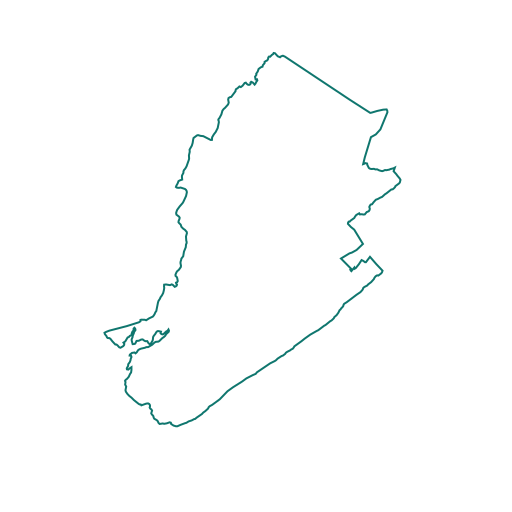 the district of Kilifi South, Coast, Kenya, rotated 32°
{"feature_id": "3690345B19939243433246", "entity_name": "Kilifi South", "entity_type": "district", "adm_level": 2, "iso_a3": "KEN", "parent_name": "Kenya", "parent_adm1": "Coast", "projection": "robinson", "projection_center": [39.732, -3.813], "detail": "fine", "context": "isolated", "style": "outline", "palette": "teal", "viewbox_px": 512, "rotation_deg": 32, "n_neighbors": 0, "source": "geoboundaries", "source_scale": "gbopen_adm2", "svg_char_len": 6131}
<svg xmlns="http://www.w3.org/2000/svg" viewBox="0 0 512 512"><g transform="rotate(32 256 256)"><path d="M163.4,74.5L163.5,75.8L162.9,77.0L162.4,79.5L161.4,79.9L161.2,81.1L161.8,82.4L161.9,84.1L161.0,85.5L160.4,86.8L161.1,88.0L160.7,90.6L161.2,92.0L160.1,93.4L159.1,96.0L159.7,98.6L159.6,101.3L160.3,102.1L160.2,104.5L162.1,106.5L163.2,105.6L164.1,106.4L164.0,108.4L164.2,110.0L164.0,111.4L161.5,110.6L159.6,110.8L159.4,111.9L160.1,112.6L160.1,113.6L159.4,114.6L158.4,115.0L156.8,114.9L155.5,114.4L154.7,115.3L154.4,118.7L153.6,120.8L152.1,121.0L151.4,123.7L150.7,124.9L150.8,126.2L151.3,127.1L150.7,134.2L149.6,135.3L149.0,136.6L149.5,138.1L151.6,140.4L152.0,142.3L151.2,146.9L150.7,148.4L150.5,150.5L151.6,154.3L151.9,158.4L151.7,159.5L151.9,160.6L152.8,161.2L153.7,162.4L155.7,167.8L156.1,172.2L155.8,175.2L155.9,178.6L157.1,180.9L156.1,181.6L147.8,182.3L145.3,183.5L142.8,184.2L142.0,185.1L140.5,189.0L141.0,190.5L142.4,193.8L143.1,196.4L143.3,201.0L144.6,202.8L145.8,206.2L147.7,208.9L148.1,210.1L149.6,216.8L149.7,219.2L149.4,221.5L149.7,222.8L150.4,224.0L150.6,226.9L151.2,228.1L152.9,230.3L151.3,232.3L150.6,233.6L151.1,236.0L151.2,238.5L151.5,239.9L152.5,240.0L153.5,239.6L154.6,239.0L155.8,237.9L160.2,236.8L161.6,237.0L162.8,237.7L163.6,238.6L164.9,242.2L165.7,248.7L165.7,250.1L165.0,254.4L164.7,258.6L165.0,260.2L165.5,261.9L166.6,263.1L169.8,263.4L170.9,263.9L171.4,264.9L171.8,267.2L172.3,268.4L173.2,268.8L175.5,269.3L177.3,270.8L179.8,271.4L181.9,271.5L184.5,272.3L185.3,273.2L186.3,276.6L188.7,279.9L189.8,280.9L190.4,282.1L190.5,283.2L191.8,285.8L192.6,290.5L194.4,294.8L194.1,297.7L194.6,299.0L195.0,300.6L195.6,301.9L197.6,304.1L198.1,305.3L197.9,308.6L197.2,310.8L197.2,312.1L197.6,314.5L198.3,315.5L199.9,315.8L200.9,316.5L202.9,318.7L203.0,320.1L202.3,321.0L203.1,321.8L204.2,322.2L204.4,323.2L204.1,324.2L203.4,325.2L201.0,324.6L199.6,324.7L198.5,326.3L194.8,327.8L193.3,329.0L194.1,330.5L195.1,331.7L196.1,334.1L196.9,336.6L197.1,339.2L196.9,341.9L197.2,342.9L197.1,345.6L197.5,347.3L200.6,355.5L200.5,357.1L200.8,359.1L200.8,360.7L200.6,362.1L198.4,365.5L196.9,368.7L195.5,369.0L192.6,370.7L191.9,371.4L192.6,372.6L191.8,374.3L183.6,383.9L171.2,397.0L169.1,399.8L168.2,401.4L169.2,402.3L171.7,403.2L172.8,404.0L173.8,404.1L175.3,403.3L176.5,403.4L179.5,404.5L183.6,405.6L184.6,405.0L186.1,405.2L188.4,405.9L189.7,405.6L191.2,402.7L191.3,401.3L190.8,400.2L189.5,399.7L190.4,397.7L190.3,393.1L191.1,392.1L191.3,390.6L192.4,389.2L191.6,387.4L191.3,385.6L191.6,384.0L190.7,382.5L190.9,381.3L192.0,381.6L193.0,382.6L192.9,385.2L193.3,386.2L193.7,388.9L194.3,390.2L194.7,392.6L195.4,393.6L198.1,396.1L199.2,395.3L200.0,394.3L199.7,391.3L201.5,390.0L202.9,387.7L204.1,386.8L206.4,387.0L207.7,386.7L208.9,385.8L211.0,386.9L212.5,387.1L213.2,386.0L213.2,383.0L212.9,381.7L211.7,379.3L211.6,378.0L211.9,375.4L211.8,373.5L212.2,372.0L213.2,371.3L215.5,370.5L215.9,372.0L217.0,372.3L218.1,372.1L218.9,371.3L219.8,367.7L220.6,366.3L220.7,364.7L221.8,365.5L222.1,366.6L221.2,369.9L221.3,371.7L220.7,373.9L220.1,375.1L219.1,379.3L218.6,380.3L216.4,382.0L215.7,383.4L215.0,386.2L212.8,390.4L211.3,391.4L210.4,392.7L207.6,395.5L206.5,397.0L205.9,398.5L205.9,400.9L205.4,402.4L204.1,402.2L202.2,403.9L201.3,406.5L201.6,407.4L202.9,406.8L203.9,407.6L204.2,409.4L204.9,411.2L205.2,412.9L205.0,415.5L205.8,417.0L205.9,419.7L206.6,420.5L207.9,420.0L208.3,418.5L209.3,416.3L210.8,418.7L211.8,421.0L211.7,422.8L212.1,425.9L211.7,428.6L211.1,430.1L211.1,431.3L212.1,432.0L213.2,434.4L215.1,435.5L216.4,438.9L217.5,440.0L220.0,441.1L222.7,441.8L225.5,442.1L228.9,442.9L235.0,443.6L236.1,443.5L236.9,443.0L237.9,443.4L241.1,439.4L241.8,438.8L242.6,438.2L243.9,438.1L245.1,438.7L245.8,439.7L246.1,440.8L247.1,441.4L248.7,441.6L249.8,442.2L250.5,444.9L251.7,445.6L252.8,445.8L253.8,446.2L254.9,447.3L255.9,447.9L258.7,447.8L259.9,448.0L262.0,449.3L263.3,449.5L265.7,447.4L267.0,447.0L269.0,445.2L270.9,442.8L272.1,442.5L273.0,443.4L275.9,443.5L278.4,442.8L279.5,442.1L281.7,438.9L284.4,435.4L285.4,434.3L286.5,432.0L288.6,429.5L289.9,427.2L290.8,426.3L291.2,424.8L293.9,418.6L294.2,416.8L295.2,414.4L296.2,410.8L296.0,409.3L296.3,408.0L297.7,405.5L301.2,396.7L303.5,385.8L306.1,379.4L310.8,369.7L312.7,364.9L316.4,358.7L318.2,356.1L318.4,354.2L324.9,339.5L327.6,335.1L328.2,333.8L328.7,331.6L330.7,327.3L331.6,326.2L332.6,323.5L332.6,322.2L333.2,320.8L334.9,318.0L335.4,316.6L336.3,315.2L336.5,313.5L336.4,312.3L339.7,304.2L341.1,300.2L343.7,293.9L347.2,287.4L348.1,286.0L350.8,278.9L351.5,277.8L353.5,271.9L354.2,270.7L355.0,267.6L354.8,266.4L355.7,263.4L355.9,260.4L355.6,257.7L356.0,256.5L356.0,255.2L356.4,253.6L356.5,252.2L356.1,250.9L356.1,249.8L357.4,247.2L361.8,235.6L363.7,231.3L364.2,228.6L364.2,227.6L363.9,226.3L364.3,224.9L366.0,222.0L366.1,220.8L367.5,217.1L368.2,213.1L368.0,211.8L368.2,209.8L369.0,208.2L370.1,207.8L371.4,204.4L371.5,203.1L371.1,201.4L362.2,199.1L353.1,196.3L352.5,203.0L351.7,203.5L349.7,203.3L347.7,203.5L347.6,208.4L347.0,213.4L346.4,214.5L345.5,213.7L344.9,218.3L344.0,218.1L343.1,217.5L343.3,216.4L329.4,213.1L333.9,204.2L335.5,202.3L338.1,197.6L340.3,189.1L325.3,181.6L321.1,181.1L316.9,180.0L316.4,178.9L316.4,177.8L317.2,177.3L317.5,175.8L319.2,171.7L319.1,170.1L319.3,168.1L320.9,165.1L322.1,165.7L323.0,164.9L324.1,164.3L325.0,164.0L326.2,163.1L326.6,160.1L327.9,158.3L327.9,156.6L327.3,155.4L326.1,154.4L325.9,153.0L326.0,151.6L327.0,150.6L327.2,148.2L327.8,144.8L329.1,143.1L330.5,140.6L331.6,139.1L332.7,135.2L333.4,133.8L335.5,127.9L336.6,127.0L337.1,125.5L337.4,123.9L337.2,122.9L338.9,118.5L339.0,117.4L338.2,114.9L336.8,114.1L333.1,112.9L331.7,112.3L327.8,111.2L326.9,107.5L326.2,108.7L323.9,111.1L323.3,112.1L320.9,114.3L319.9,114.7L318.4,116.9L317.5,117.4L315.1,118.1L312.8,118.3L311.4,119.3L309.8,119.6L307.9,121.0L306.9,121.4L305.9,121.6L305.0,121.5L302.2,119.8L301.2,118.7L299.5,119.3L298.9,120.4L298.2,121.3L296.0,114.7L290.5,94.3L293.2,89.4L294.4,82.7L291.3,64.5L290.4,63.3L289.1,62.5L286.3,64.5L281.9,68.8L278.0,73.2L277.0,74.1L253.4,73.8L174.8,71.6L172.7,71.9L171.5,73.3L171.1,74.7L168.6,75.1L164.6,74.0L163.4,74.5Z" fill="none" stroke="#0f766e" stroke-width="2"/></g></svg>